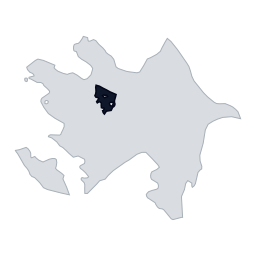 Yevlakh Rayon on a map of Azerbaijan (orthographic projection)
{"feature_id": "AZE-1688", "entity_name": "Yevlakh Rayon", "entity_type": "District", "adm_level": 1, "iso_a3": "AZE", "parent_name": "Azerbaijan", "parent_adm1": "", "projection": "orthographic", "projection_center": [47.016, 40.691], "detail": "fine", "context": "in_parent", "style": "filled", "palette": "ink", "viewbox_px": 256, "rotation_deg": 0, "n_neighbors": 0, "source": "natural_earth", "source_scale": "10m", "svg_char_len": 3917}
<svg xmlns="http://www.w3.org/2000/svg" viewBox="0 0 256 256"><path d="M182.6,217.4L181.4,217.4L173.0,219.6L171.3,218.9L163.9,209.9L162.4,208.9L159.3,208.5L157.5,207.0L155.9,204.6L155.1,202.7L147.6,197.8L146.5,196.0L146.3,194.4L147.4,193.0L148.6,191.7L152.2,190.4L156.4,189.3L157.8,188.5L158.4,187.2L158.4,185.1L157.6,183.0L151.5,179.3L150.8,177.6L150.6,175.6L151.0,173.5L151.9,171.8L156.8,169.5L159.4,167.2L157.7,164.6L152.3,158.8L146.0,152.4L141.8,152.4L136.9,154.3L129.2,159.9L125.0,162.3L119.4,166.3L113.3,170.6L108.3,175.3L105.2,179.1L99.6,180.8L96.8,184.0L87.4,193.5L84.8,193.4L84.7,188.6L84.8,184.8L84.2,182.7L81.2,179.7L81.2,178.4L82.0,177.6L84.3,178.1L87.3,177.9L88.7,176.8L85.6,172.8L82.8,170.2L80.4,168.4L79.8,167.3L79.8,166.5L80.4,165.7L84.5,163.5L84.9,161.5L84.6,159.3L78.2,156.0L73.3,157.2L69.0,153.4L66.2,150.6L62.8,147.5L59.7,145.8L56.8,141.9L51.7,137.9L48.4,136.7L48.5,136.1L49.1,135.4L50.5,134.8L59.7,135.1L60.8,134.4L61.4,132.7L62.7,130.2L64.2,126.5L64.1,123.4L55.0,118.3L48.4,113.6L43.9,107.4L40.9,101.8L41.0,99.9L41.9,98.2L49.1,93.2L49.6,91.9L49.5,91.0L47.0,88.3L43.9,85.6L42.9,83.6L40.9,82.5L37.1,82.4L30.6,78.9L29.2,78.6L28.9,77.9L29.2,77.2L34.0,76.0L33.9,74.9L32.5,73.4L29.9,72.3L27.5,69.6L26.7,67.2L35.4,60.4L37.9,59.1L43.4,60.4L54.9,65.2L54.1,67.8L55.3,69.2L57.9,71.2L63.0,73.3L67.3,74.4L69.5,73.5L72.8,72.8L77.1,75.1L81.1,78.1L83.1,79.3L84.2,79.6L87.2,78.7L90.9,74.9L92.3,70.4L92.7,68.3L90.6,65.3L86.3,62.0L81.4,59.1L78.3,56.6L76.4,51.6L74.3,51.0L73.8,50.4L73.5,48.7L73.6,46.3L74.3,44.5L76.3,43.7L78.3,43.4L80.1,41.7L82.4,38.3L83.3,36.4L87.6,37.6L88.1,40.6L88.9,41.3L90.6,40.9L93.5,39.6L95.8,40.6L98.8,44.3L103.0,48.1L105.2,50.7L106.1,52.5L108.2,54.2L111.3,56.2L113.8,59.4L116.0,66.8L118.2,68.5L126.3,71.3L129.1,71.8L137.0,72.8L139.7,72.0L143.7,65.6L147.3,59.0L150.7,57.6L156.8,54.3L160.4,51.3L161.9,48.0L165.2,41.9L167.3,38.4L170.9,41.4L177.4,49.5L186.6,62.8L188.9,66.5L190.4,70.9L191.8,76.2L194.0,80.9L203.4,92.6L207.5,96.8L214.2,102.3L216.5,103.5L219.5,103.8L225.1,103.6L230.3,105.7L232.9,107.1L235.6,109.3L238.0,111.8L240.6,118.7L231.6,116.7L222.7,117.4L217.6,119.1L212.8,121.3L208.1,124.3L205.3,130.0L203.2,143.1L199.8,155.3L200.1,161.0L201.8,166.3L201.7,168.9L200.1,170.0L198.0,172.4L195.4,183.6L194.1,185.9L192.3,187.3L191.8,186.0L191.8,183.1L187.8,180.6L185.7,183.5L184.4,189.7L181.6,196.2L181.5,197.5L182.6,217.4ZM47.9,103.1L48.3,101.4L47.2,100.6L46.0,100.5L45.0,101.3L44.9,103.5L46.3,103.9L47.9,103.1ZM17.3,153.2L15.9,151.4L15.4,150.4L19.4,149.7L26.1,147.4L27.9,148.6L29.8,151.1L30.7,153.2L30.8,157.1L31.6,157.8L34.8,156.5L36.3,158.1L38.7,160.1L43.0,162.0L49.3,159.2L52.4,158.5L55.0,158.6L56.3,159.5L56.8,162.6L56.2,166.3L55.5,168.3L56.8,169.8L61.9,173.5L64.0,175.5L62.9,178.9L66.7,187.4L67.9,190.7L69.4,194.8L61.5,193.1L47.4,189.5L43.5,187.7L39.9,182.9L37.7,180.6L34.6,177.6L31.9,176.5L30.0,174.4L28.9,171.3L27.2,168.6L24.4,165.4L18.1,154.4L17.3,153.2ZM27.3,81.1L26.4,81.6L25.1,81.0L24.7,79.7L24.9,78.3L26.2,78.0L27.2,78.4L27.5,79.7L27.3,81.1Z" fill="#d9dde1" stroke="#a8b0b8" stroke-width="1"/><path d="M104.4,114.1L103.7,113.3L103.1,112.4L102.9,111.5L102.6,110.7L103.5,110.3L104.0,109.2L104.1,108.4L103.8,107.9L102.6,108.1L101.4,107.7L101.2,105.4L101.3,103.2L100.3,102.0L98.9,101.9L97.3,102.9L96.6,101.7L97.8,100.0L98.8,98.4L97.5,97.5L95.9,97.2L94.9,95.7L95.7,93.7L96.0,91.5L95.9,89.3L95.7,87.3L96.1,85.2L99.5,86.2L102.9,88.1L106.5,89.9L110.1,91.9L113.1,93.2L116.1,94.5L115.6,96.6L115.0,98.7L114.5,100.5L114.5,102.4L115.0,104.0L114.6,105.6L114.0,106.4L113.7,106.7L112.6,107.4L111.2,110.4L108.8,110.8L106.4,111.2L104.4,114.1ZM112.6,106.0L113.0,105.5L112.9,105.1L112.8,104.5L112.9,104.1L113.1,103.7L113.3,103.2L113.4,102.5L113.2,102.3L112.8,102.3L111.9,102.3L110.1,102.3L109.4,103.5L109.9,105.2L111.2,105.9L112.6,106.0ZM105.2,95.5L103.7,94.9L102.5,95.6L104.4,97.8L107.6,96.5L107.2,95.8L106.8,95.2L106.0,95.2L105.2,95.5Z" fill="#0f172a" stroke="#020617" stroke-width="1.5"/></svg>